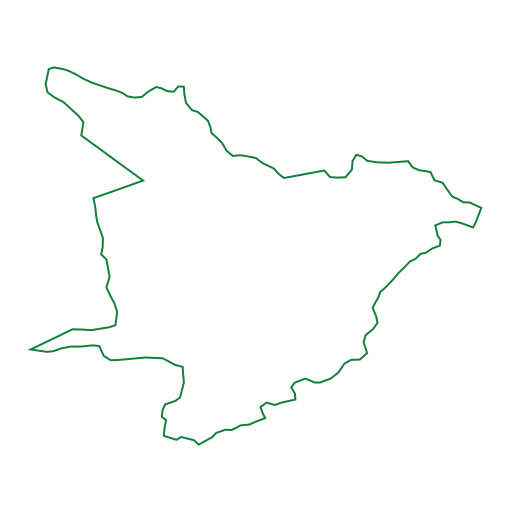 Ipaumirim, Ceará, Brazil (Mercator projection)
{"feature_id": "56859067B32176029427758", "entity_name": "Ipaumirim", "entity_type": "district", "adm_level": 2, "iso_a3": "BRA", "parent_name": "Brazil", "parent_adm1": "Ceará", "projection": "mercator", "projection_center": [-38.742, -6.809], "detail": "fine", "context": "isolated", "style": "outline", "palette": "green", "viewbox_px": 512, "rotation_deg": 0, "n_neighbors": 0, "source": "geoboundaries", "source_scale": "gbopen_adm2", "svg_char_len": 2161}
<svg xmlns="http://www.w3.org/2000/svg" viewBox="0 0 512 512"><path d="M198.7,444.6L212.1,437.2L216.2,432.9L225.5,429.7L231.7,430.0L240.9,425.3L249.2,424.6L255.5,421.8L265.2,418.1L262.5,412.9L260.5,407.0L266.7,402.6L274.7,405.0L281.2,402.7L295.4,399.5L294.9,393.5L291.3,387.4L294.6,382.7L305.4,378.6L314.7,382.5L320.1,382.5L330.5,378.6L338.3,372.7L344.4,363.6L351.3,359.8L359.8,359.6L367.1,353.1L363.6,342.2L365.6,335.2L373.1,329.0L377.5,322.9L376.2,316.4L372.6,307.9L375.8,301.8L378.5,297.1L380.2,292.0L386.1,286.8L392.6,280.0L398.2,273.3L404.3,267.4L409.9,261.5L415.7,258.7L420.3,254.0L426.2,252.5L432.4,248.4L439.9,245.6L440.5,239.9L437.6,235.5L435.3,225.4L442.8,222.3L449.2,222.3L455.4,221.6L461.2,223.1L467.0,225.2L473.1,227.5L476.1,221.6L478.0,216.4L481.3,207.9L469.6,202.5L463.2,202.3L458.0,199.0L452.1,196.5L442.5,182.7L434.4,180.3L430.5,172.0L418.9,170.1L412.8,167.5L408.1,161.2L388.9,162.7L378.1,162.4L367.4,160.9L361.9,156.3L356.3,154.8L352.5,161.2L351.9,169.5L345.5,177.3L337.1,177.6L330.1,177.1L324.3,170.5L284.0,178.0L278.6,173.9L273.9,168.5L262.6,163.2L255.9,158.0L245.1,155.9L239.8,155.3L232.8,155.9L226.7,150.9L222.1,143.0L216.5,137.4L211.5,133.1L210.4,127.2L208.0,120.8L202.5,116.0L197.9,112.0L192.1,110.2L186.0,102.9L184.4,94.3L183.8,86.7L178.4,86.4L173.7,91.7L167.0,91.1L161.5,88.3L156.2,87.0L147.7,92.0L141.9,96.9L134.7,97.6L127.6,96.4L122.1,92.8L115.5,90.3L109.8,88.7L102.3,86.2L91.0,82.3L83.7,78.9L75.9,74.4L69.2,71.1L63.6,69.2L54.0,67.4L48.8,69.1L45.6,84.4L47.6,92.4L54.6,97.5L63.6,102.2L78.5,115.8L83.4,122.2L81.3,135.5L143.1,180.6L93.4,198.2L95.1,205.9L96.4,217.3L97.5,222.8L102.9,237.9L102.7,246.9L101.2,254.4L106.4,259.5L109.6,276.8L106.4,287.4L110.8,296.7L114.2,302.9L117.2,311.9L115.4,325.2L109.3,327.2L91.2,330.2L83.4,329.6L72.4,329.3L30.7,349.5L46.7,351.8L53.1,351.3L61.2,348.4L70.9,346.6L80.2,346.6L92.7,345.4L99.2,346.0L103.8,355.9L110.5,360.1L116.9,360.1L145.5,357.5L162.9,358.3L175.1,364.9L182.7,366.9L183.0,372.5L183.9,382.5L180.1,397.4L175.4,400.9L165.2,404.4L162.6,410.0L161.8,416.8L166.1,420.2L164.6,427.8L163.8,435.8L176.3,439.8L181.3,437.0L194.0,440.2L198.7,444.6Z" fill="none" stroke="#15803d" stroke-width="2"/></svg>